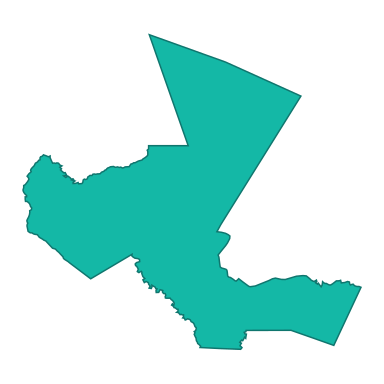 Gilbués, Piauí, Brazil (orthographic projection)
{"feature_id": "56859067B46664725205150", "entity_name": "Gilbués", "entity_type": "district", "adm_level": 2, "iso_a3": "BRA", "parent_name": "Brazil", "parent_adm1": "Piauí", "projection": "orthographic", "projection_center": [-45.496, -9.578], "detail": "fine", "context": "isolated", "style": "filled", "palette": "teal", "viewbox_px": 384, "rotation_deg": 0, "n_neighbors": 0, "source": "geoboundaries", "source_scale": "gbopen_adm2", "svg_char_len": 4372}
<svg xmlns="http://www.w3.org/2000/svg" viewBox="0 0 384 384"><path d="M28.1,231.4L30.2,232.8L32.0,232.9L33.5,233.9L34.9,234.3L37.4,234.7L39.3,237.3L42.6,239.2L43.9,240.2L45.7,240.9L52.5,248.2L55.5,249.1L56.9,250.7L59.0,252.5L60.6,254.3L63.0,256.8L63.4,258.2L64.3,259.2L68.1,261.6L69.5,262.8L90.7,278.8L93.9,276.9L132.0,254.3L131.8,255.8L133.0,257.0L134.9,258.2L136.4,258.4L138.2,258.7L139.5,259.5L139.7,261.6L136.5,262.6L135.2,264.0L135.6,265.6L136.7,266.3L138.3,269.1L137.3,271.6L138.9,272.6L141.2,271.3L141.9,272.1L141.8,273.6L142.9,276.6L144.8,278.5L142.9,279.8L144.3,282.6L146.1,281.5L148.3,282.6L148.6,284.1L150.1,286.2L149.1,288.1L151.3,288.5L152.0,286.9L151.9,285.2L155.3,287.3L155.7,288.6L157.0,288.9L156.0,290.6L156.2,292.5L158.7,292.4L159.5,290.9L160.1,289.7L162.8,290.5L162.4,291.9L163.5,293.5L165.2,293.6L165.8,295.2L165.2,296.5L165.4,298.0L166.5,298.2L168.8,298.2L170.1,298.1L171.1,299.5L172.5,300.5L173.6,301.9L174.2,303.3L173.8,305.2L172.4,303.8L171.6,305.1L172.8,305.8L173.6,306.6L174.0,307.6L175.3,307.9L176.8,309.2L178.1,309.3L177.9,311.4L176.7,312.3L178.4,312.6L180.1,314.7L181.2,314.3L182.2,314.9L183.5,314.8L183.5,316.8L182.7,317.9L184.4,318.2L185.2,320.0L186.5,319.5L187.5,318.8L188.9,319.2L190.2,319.7L191.1,321.6L192.9,322.6L193.8,323.5L194.3,324.7L195.0,326.6L196.2,327.7L196.2,328.9L195.6,330.7L194.2,331.5L195.0,332.8L194.2,334.3L195.2,336.6L196.0,338.0L196.4,340.8L197.2,341.9L197.7,343.5L199.0,344.5L200.6,346.1L200.0,347.5L219.7,348.5L240.6,349.3L241.4,348.5L242.0,347.6L240.9,346.5L240.0,345.8L240.7,344.3L241.4,343.2L239.8,342.3L241.7,340.1L242.7,340.7L243.7,339.0L244.6,337.2L245.7,338.3L245.9,336.9L246.4,334.1L245.0,333.9L244.2,332.3L245.9,331.7L246.1,330.4L291.0,330.3L300.4,333.6L314.4,338.5L333.8,345.4L361.0,287.3L359.1,286.5L357.3,286.5L355.7,286.2L354.2,285.5L353.4,284.3L352.2,284.3L350.4,285.0L349.7,283.9L349.4,282.0L347.6,281.5L344.8,282.5L341.3,282.9L340.6,280.3L339.2,280.8L336.3,280.9L334.3,282.5L332.6,283.8L330.6,285.0L329.2,284.9L327.8,284.3L326.5,283.5L324.9,283.4L323.8,282.8L322.6,281.7L322.4,283.5L322.0,285.3L321.1,286.8L318.2,283.1L317.5,284.1L315.5,282.7L316.8,281.5L316.4,280.1L314.7,281.2L313.3,281.3L311.1,280.1L309.8,278.7L306.3,275.9L303.0,275.6L296.5,276.2L285.3,279.5L281.3,279.4L275.4,278.1L272.4,278.8L269.0,280.5L255.3,286.0L250.3,286.7L248.9,286.4L242.8,281.9L238.7,278.7L237.4,280.0L236.1,281.1L234.9,280.7L233.5,279.5L230.5,277.5L228.7,277.1L227.7,276.0L227.3,272.3L226.9,270.2L226.0,269.3L223.8,268.6L221.6,268.0L220.2,267.0L219.7,263.7L218.9,257.1L218.1,255.0L220.7,251.7L225.8,245.4L227.5,242.9L229.7,238.6L229.9,236.0L228.1,234.6L225.5,233.3L221.5,232.3L216.9,231.7L220.8,224.6L245.0,185.8L300.9,96.1L225.6,62.1L156.0,37.1L149.3,34.7L153.1,45.5L156.0,53.9L188.2,145.7L167.4,145.7L156.0,145.7L148.6,145.7L148.6,147.9L148.5,149.1L147.2,150.2L147.8,151.6L147.8,155.0L146.9,156.2L145.0,157.7L142.9,159.0L141.9,160.1L140.7,160.4L138.2,161.1L135.2,162.7L133.6,162.8L132.5,163.6L130.8,164.1L129.3,166.6L127.0,166.8L125.1,166.9L123.8,167.7L122.4,168.0L120.8,167.1L119.2,167.5L117.6,166.9L115.8,167.3L114.6,167.1L113.7,166.5L112.1,166.6L110.4,166.8L108.9,167.6L107.7,168.0L106.7,168.9L106.1,169.8L105.0,170.1L103.7,171.4L101.5,172.2L100.2,173.7L98.7,173.9L97.4,173.9L95.7,174.3L94.3,174.0L92.9,174.2L92.0,175.5L90.0,175.4L89.1,176.1L87.7,177.1L87.5,178.3L86.8,179.2L85.4,179.5L84.3,179.1L83.2,180.0L82.8,182.4L82.0,183.5L80.6,183.7L78.6,183.8L78.1,182.5L75.5,183.4L73.1,183.5L73.1,182.3L74.9,181.0L72.4,180.2L73.7,179.8L73.0,178.8L71.4,179.2L70.0,177.6L67.9,176.1L65.8,177.5L63.7,175.9L66.7,175.4L65.2,172.6L63.9,172.8L62.4,171.6L60.5,169.9L61.5,168.8L59.8,167.2L61.9,165.9L60.0,165.1L58.5,163.2L56.9,162.9L55.5,163.4L54.2,163.0L52.6,163.2L51.6,161.1L50.1,157.7L50.1,156.0L48.4,156.8L45.7,155.6L44.6,155.3L43.5,154.8L42.1,156.3L40.6,156.8L40.0,157.9L40.1,159.8L38.7,160.3L37.5,162.0L35.4,163.2L34.2,165.7L32.1,167.8L31.0,169.2L30.6,170.3L31.2,171.7L29.8,173.0L28.9,173.8L27.1,176.2L28.4,177.7L28.9,179.2L27.6,181.6L26.6,182.9L25.2,184.7L23.7,185.5L23.7,187.6L23.0,190.0L23.3,191.3L24.0,192.7L25.3,194.4L26.6,195.5L26.6,196.8L25.2,196.8L25.2,199.3L25.5,201.4L27.2,201.5L29.3,203.4L30.0,204.7L30.5,206.5L31.7,207.9L31.4,209.7L29.7,210.7L29.8,212.5L29.4,214.9L28.7,216.8L27.3,219.5L26.9,220.6L27.1,221.9L27.8,223.1L27.2,224.4L27.0,226.0L28.1,231.4Z" fill="#14b8a6" stroke="#0f766e" stroke-width="1.5"/></svg>